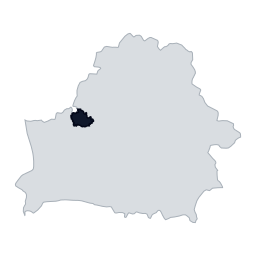 location of Iwye, Grodno, Belarus
{"feature_id": "67162791B89656925241953", "entity_name": "Iwye", "entity_type": "district", "adm_level": 2, "iso_a3": "BLR", "parent_name": "Belarus", "parent_adm1": "Grodno", "projection": "orthographic", "projection_center": [25.918, 54.018], "detail": "fine", "context": "in_parent", "style": "filled", "palette": "ink", "viewbox_px": 256, "rotation_deg": 0, "n_neighbors": 0, "source": "geoboundaries", "source_scale": "gbopen_adm2", "svg_char_len": 6519}
<svg xmlns="http://www.w3.org/2000/svg" viewBox="0 0 256 256"><path d="M222.6,187.6L218.0,187.7L212.5,188.2L209.6,190.6L206.2,189.8L203.9,191.2L198.8,197.5L196.9,200.8L195.2,205.9L194.2,209.6L195.0,212.1L196.2,214.4L196.6,216.9L197.2,218.9L196.0,220.4L195.3,222.6L192.9,222.4L190.0,220.6L189.2,217.7L186.9,215.8L185.4,214.8L183.0,214.8L179.3,216.0L174.3,217.0L170.6,217.4L168.6,218.5L165.6,219.7L164.4,218.5L162.6,215.3L161.1,212.1L160.1,210.7L159.2,210.3L158.2,210.4L157.1,211.5L156.3,212.6L153.2,214.0L151.9,215.2L150.5,218.3L149.4,218.1L148.4,217.5L147.1,214.2L145.4,213.4L142.8,213.5L139.5,212.9L136.8,211.9L135.9,212.2L134.3,213.7L132.6,214.0L128.9,212.8L128.2,213.4L126.1,217.2L125.1,217.4L124.5,216.9L124.8,213.7L122.6,212.6L118.9,212.5L116.4,213.0L115.1,212.9L114.5,212.3L111.3,206.9L109.6,206.6L106.6,206.9L102.3,206.3L97.2,205.1L94.5,204.7L93.0,203.5L89.9,203.1L81.6,200.8L78.2,200.4L73.2,200.3L65.6,199.8L60.7,200.0L58.5,200.7L55.9,201.2L46.8,201.7L43.6,202.2L42.6,203.3L41.5,205.8L37.7,210.0L34.0,212.8L33.3,213.1L31.2,211.5L29.5,210.9L27.4,210.7L25.9,211.1L24.9,211.8L25.0,215.2L24.8,215.4L23.3,211.4L23.5,207.8L24.5,205.8L25.6,204.0L25.3,201.2L26.4,197.6L26.5,194.9L26.1,193.8L25.3,192.4L23.0,190.9L22.0,189.7L18.9,188.0L15.8,186.0L15.4,184.8L15.5,184.0L16.1,182.8L18.6,179.4L21.3,176.0L23.0,174.7L31.9,170.5L33.3,169.0L33.7,166.4L33.7,161.1L33.3,156.3L32.8,152.9L31.3,146.6L27.2,133.5L25.0,120.0L26.7,120.9L30.8,121.3L34.0,120.5L35.7,120.4L37.1,120.7L41.4,120.1L42.4,121.3L44.3,122.4L48.0,121.0L51.4,119.2L54.8,119.4L55.3,118.5L56.2,113.8L57.2,112.7L61.3,113.3L62.8,112.4L64.4,110.1L66.8,108.7L68.8,108.7L70.9,107.1L71.9,108.2L72.4,110.1L71.7,111.7L72.0,112.3L73.5,113.1L75.9,113.1L77.5,112.5L77.9,111.6L77.9,109.9L77.5,108.4L76.5,107.1L74.5,106.4L73.1,106.4L72.9,105.6L73.4,103.8L74.6,100.5L76.1,97.5L77.0,96.4L77.2,95.4L77.0,93.6L77.0,90.4L78.3,85.8L80.1,82.4L82.5,81.3L85.4,80.7L87.2,79.1L88.1,77.3L88.9,74.3L89.8,73.7L96.8,74.1L97.8,71.1L98.4,70.3L99.7,69.4L100.7,68.4L100.3,67.6L98.5,67.1L94.4,66.7L93.5,65.7L93.8,64.6L94.8,61.6L95.9,57.7L96.4,54.7L96.4,52.9L97.0,52.4L100.4,51.8L101.5,51.2L104.3,47.1L106.5,46.4L112.2,47.3L114.8,47.2L118.1,47.4L118.4,47.0L119.5,42.9L124.9,36.3L127.8,34.0L129.7,33.4L130.3,33.5L133.4,36.8L134.1,36.9L136.1,35.4L139.5,35.2L141.2,36.3L143.6,40.4L144.8,40.9L148.1,38.4L149.9,37.5L151.1,37.5L157.6,40.4L158.1,41.5L158.2,42.7L157.4,46.5L158.9,48.8L160.5,50.3L163.6,47.5L164.8,46.7L166.1,46.6L167.8,45.6L169.0,44.0L170.2,43.5L172.6,43.7L176.7,43.1L181.8,45.1L182.3,45.7L184.9,48.3L185.9,49.6L186.7,49.9L188.1,51.1L189.9,51.9L191.1,51.5L191.7,51.9L192.4,52.9L192.5,54.7L192.7,59.7L191.1,62.5L191.0,63.4L191.1,64.5L192.7,66.6L194.7,69.8L195.3,71.7L195.4,73.2L193.2,77.7L192.5,78.8L192.0,80.9L191.9,83.1L192.1,84.0L196.6,87.1L199.8,88.8L200.6,89.6L200.7,90.2L199.3,94.0L199.2,95.0L201.8,96.3L203.4,98.6L204.9,102.5L207.6,106.0L217.0,110.8L217.8,111.7L218.2,112.9L218.1,115.5L216.9,120.5L218.5,121.1L222.4,120.6L227.3,120.8L233.4,123.7L233.6,125.3L233.1,126.7L233.6,128.2L234.4,129.4L239.8,132.8L240.4,133.9L240.6,135.8L240.6,137.1L239.3,137.6L237.8,138.4L235.4,140.3L234.6,142.7L230.8,146.3L228.3,148.0L226.3,148.2L221.4,148.0L219.6,146.5L218.8,145.1L216.8,144.6L214.4,144.7L211.0,145.3L210.3,145.8L209.9,147.6L208.7,150.8L207.8,152.6L212.6,158.3L215.0,160.7L215.8,162.1L215.8,163.2L214.9,164.6L215.3,167.2L217.7,170.4L217.0,171.0L217.1,175.2L217.5,179.7L218.1,180.7L219.3,181.5L220.5,183.0L222.4,186.6L222.6,187.6Z" fill="#d9dde1" stroke="#a8b0b8" stroke-width="1"/><path d="M78.1,109.2L78.5,109.5L78.3,109.6L77.9,109.8L77.7,110.1L77.9,110.6L78.3,110.9L78.4,111.2L78.2,111.7L78.4,111.9L78.5,112.3L78.3,112.4L78.1,112.4L77.9,112.5L77.6,112.5L77.3,112.4L77.2,112.2L76.6,112.2L76.4,112.4L76.2,112.9L76.2,113.2L75.8,113.2L75.4,113.5L75.0,113.6L74.7,113.3L74.5,113.1L74.1,113.0L73.8,112.8L73.5,112.8L72.7,113.2L72.3,113.2L72.1,113.4L72.1,113.6L72.3,113.8L72.2,113.9L72.1,114.2L72.2,114.5L72.4,114.7L72.5,114.9L72.4,115.1L72.2,115.2L72.0,115.3L71.7,115.2L71.3,115.3L71.0,115.4L71.0,115.7L70.9,116.1L71.1,116.4L71.3,116.5L71.5,116.7L71.6,117.1L71.4,117.3L71.1,117.4L71.1,117.7L71.3,118.0L71.4,118.5L71.4,118.9L71.8,119.0L72.1,119.1L72.3,119.3L72.3,119.7L72.3,119.9L72.5,120.1L72.7,120.3L72.9,120.5L72.7,120.9L72.7,121.2L73.0,121.3L73.3,121.4L73.3,121.7L73.3,121.9L73.4,122.1L73.4,122.3L73.6,122.4L73.8,122.5L74.0,122.6L74.0,122.9L74.0,123.2L73.8,123.3L73.6,123.6L73.5,123.8L73.4,124.1L73.5,124.3L73.6,124.6L73.5,124.8L73.5,125.0L73.8,125.3L73.9,125.5L74.0,125.6L74.0,125.8L74.3,125.9L74.7,125.7L74.8,125.4L75.0,125.2L75.4,124.8L75.8,124.7L75.9,124.9L75.9,125.2L75.9,125.4L75.9,125.7L76.1,126.0L76.4,126.0L76.6,125.7L76.7,125.4L76.9,125.4L77.1,125.2L77.3,124.8L77.4,124.5L77.6,124.4L77.7,124.5L77.7,124.8L77.8,124.9L78.0,124.9L78.1,124.7L78.3,124.6L78.6,124.7L78.8,124.9L79.0,125.1L79.6,125.2L79.9,125.2L80.2,125.3L80.4,125.4L80.6,125.5L80.8,125.6L81.1,125.9L81.2,126.1L81.2,126.3L81.4,126.4L81.5,126.4L81.8,126.5L82.0,126.5L82.1,126.4L82.3,126.5L82.6,126.7L82.8,126.7L83.0,126.5L83.1,126.4L83.3,126.3L83.6,126.4L83.8,126.5L84.0,126.5L84.4,126.7L84.7,126.7L84.8,126.7L85.0,126.7L85.6,126.6L85.8,126.6L86.0,126.4L86.2,126.2L86.4,126.1L86.5,126.0L86.8,125.9L87.1,125.9L87.3,125.8L87.6,125.8L87.9,125.8L88.2,125.8L88.6,125.8L88.5,125.7L89.2,125.4L89.1,125.1L89.1,124.8L89.1,124.5L89.0,124.4L89.1,124.2L89.4,124.2L89.5,124.2L89.7,123.8L90.1,123.9L90.3,124.1L90.7,123.7L90.8,123.6L91.0,123.4L91.2,123.2L91.3,123.1L91.6,123.1L91.8,123.1L92.1,123.0L92.1,122.9L92.1,122.7L91.9,122.3L91.8,122.0L91.9,121.8L92.2,121.7L92.6,121.7L92.8,121.6L93.3,121.4L93.5,121.2L93.5,120.7L93.3,120.2L93.1,119.9L92.9,119.5L92.7,119.2L92.3,119.1L92.1,119.2L91.8,119.3L91.5,119.5L91.3,119.7L91.1,119.7L90.9,119.7L90.9,119.4L91.0,119.2L91.1,118.6L91.0,118.2L91.0,117.8L91.0,117.4L90.9,117.0L90.6,116.8L90.4,116.9L90.1,117.0L89.8,117.2L89.4,117.5L88.9,117.8L88.5,118.0L88.2,118.1L87.7,118.1L87.5,117.9L87.3,117.7L87.1,117.3L87.0,116.9L86.9,116.5L86.8,116.0L86.8,115.6L86.8,115.3L86.6,114.9L86.5,114.7L86.3,114.4L86.3,114.2L86.3,113.8L86.4,113.6L86.6,113.2L86.4,112.9L86.2,113.1L85.8,112.9L85.7,113.0L85.7,113.4L85.8,113.7L85.7,113.9L85.4,114.0L84.9,114.0L84.4,113.9L84.1,113.6L83.8,113.4L83.6,113.0L83.6,112.8L83.7,112.5L83.8,112.4L83.7,112.3L83.5,111.9L83.4,111.7L83.2,111.5L83.0,111.2L82.8,111.0L82.6,111.0L82.2,111.0L82.1,110.7L81.9,110.5L81.7,110.5L81.4,110.4L81.2,110.2L80.8,110.1L80.5,110.0L80.5,109.7L80.5,109.2L79.9,109.2L79.1,109.2L78.1,109.2Z" fill="#0f172a" stroke="#020617" stroke-width="1.5"/></svg>